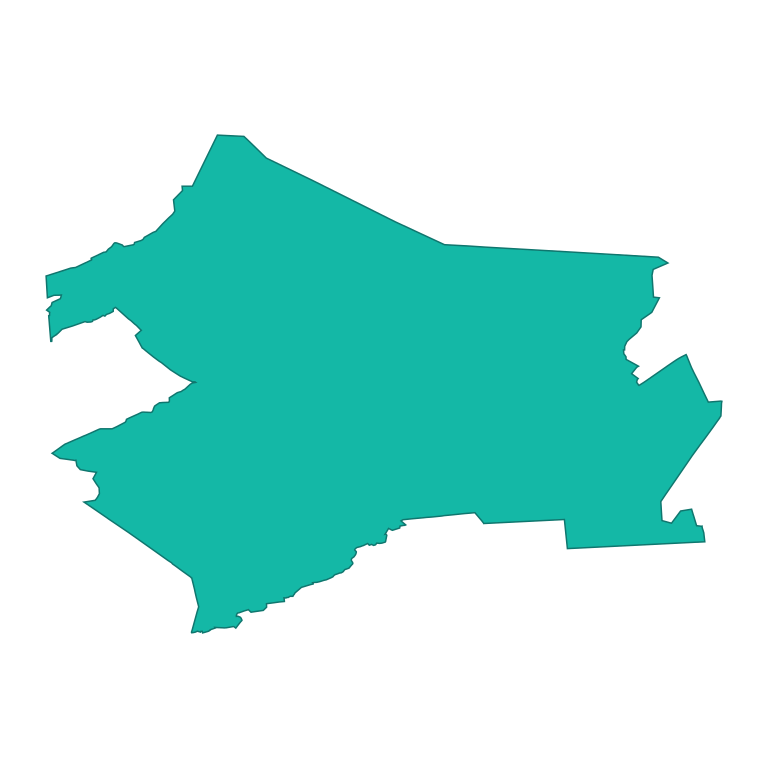 outline of Atašienes pag., Krustpils, Latvia
{"feature_id": "27541924B82770097220603", "entity_name": "Atašienes pag.", "entity_type": "district", "adm_level": 2, "iso_a3": "LVA", "parent_name": "Latvia", "parent_adm1": "Krustpils", "projection": "natural_earth1", "projection_center": [26.419, 56.547], "detail": "fine", "context": "isolated", "style": "filled", "palette": "teal", "viewbox_px": 768, "rotation_deg": 0, "n_neighbors": 0, "source": "geoboundaries", "source_scale": "gbopen_adm2", "svg_char_len": 5893}
<svg xmlns="http://www.w3.org/2000/svg" viewBox="0 0 768 768"><path d="M217.4,135.1L192.4,186.2L182.1,186.2L182.5,190.6L173.5,199.8L174.8,211.1L172.6,214.3L168.9,217.7L162.6,223.9L156.4,230.7L156.3,230.8L156.0,231.3L153.1,232.4L144.6,237.2L144.3,237.4L143.1,239.3L142.9,239.5L141.3,240.4L140.8,240.6L134.6,242.5L134.1,244.3L133.6,244.7L124.3,246.6L123.6,246.5L122.3,245.0L117.4,243.2L116.3,242.9L115.7,242.8L114.6,242.9L113.9,243.5L111.6,246.7L108.8,248.8L108.3,249.2L106.2,251.8L105.2,252.1L103.6,252.3L91.2,258.2L91.1,258.6L91.2,259.0L91.7,259.7L91.5,260.0L82.3,264.3L77.9,266.4L75.5,267.5L72.9,267.8L70.7,268.1L64.3,270.2L46.1,276.0L47.4,297.8L53.4,295.5L53.9,295.3L56.6,295.2L58.8,295.2L60.2,295.1L61.4,295.0L61.2,295.7L60.8,297.4L60.3,298.7L52.1,302.5L51.2,305.8L49.8,307.0L46.6,310.1L49.7,312.3L49.6,312.5L49.5,315.4L49.4,315.4L48.7,315.7L49.3,322.8L49.4,324.3L50.0,331.6L50.8,341.4L51.7,341.4L51.8,341.1L51.9,337.7L54.6,335.8L56.6,334.6L56.5,334.4L58.2,333.1L62.1,329.2L72.5,326.0L85.0,321.6L87.1,322.2L90.8,322.0L92.5,321.4L93.1,319.9L94.6,319.9L96.6,319.1L100.2,317.2L103.0,315.4L104.9,316.1L106.5,314.4L109.5,313.4L113.2,311.4L113.3,308.8L115.4,307.4L116.7,308.3L128.5,318.9L131.0,320.7L134.6,324.0L136.4,325.4L136.6,325.6L140.1,329.2L141.3,330.3L135.4,335.5L139.0,342.0L140.7,345.2L142.3,348.1L143.1,348.5L146.3,351.2L153.5,357.0L159.0,361.1L161.4,362.6L169.8,369.3L170.4,369.7L170.4,369.8L176.3,373.6L180.4,376.2L185.9,378.8L192.4,381.8L194.9,381.8L195.7,382.4L192.8,382.9L192.1,383.1L190.4,384.2L189.6,384.9L184.9,389.2L182.9,390.3L181.2,391.5L177.8,392.5L176.9,392.9L172.8,395.6L169.3,397.8L169.4,400.3L169.4,401.1L168.7,402.3L162.9,402.5L159.5,402.8L156.3,404.9L154.6,406.1L153.5,408.6L153.3,409.6L152.7,411.0L152.0,412.0L151.4,412.3L150.8,412.5L149.7,412.4L143.0,412.1L141.6,412.3L137.5,414.3L136.3,414.8L129.2,418.0L127.4,418.9L126.5,419.3L126.0,421.0L125.9,421.2L125.4,422.0L125.1,422.3L120.7,424.6L117.1,426.5L115.4,427.3L112.8,428.5L112.0,428.8L107.1,428.8L101.0,428.8L100.1,428.9L99.5,429.1L98.7,429.4L85.8,435.2L83.7,436.0L80.4,437.5L76.2,439.3L75.7,439.5L64.9,444.2L62.6,445.8L55.1,451.2L53.3,452.5L52.1,453.3L59.9,458.3L60.1,458.4L66.2,459.2L69.1,459.6L71.2,459.9L73.5,460.2L74.6,460.5L75.9,460.2L76.9,465.8L80.3,469.6L88.0,471.1L96.5,472.3L93.0,478.7L96.3,483.8L99.1,487.8L99.4,493.7L97.4,497.4L95.2,500.3L84.0,502.1L95.9,510.2L107.4,518.1L108.6,519.0L116.9,524.6L128.7,532.6L151.6,548.8L167.9,560.4L171.0,562.4L171.4,562.6L172.6,564.0L175.6,566.1L182.5,571.2L190.6,577.0L190.9,577.3L191.1,577.7L191.7,577.9L194.5,589.2L195.0,591.7L196.3,597.4L198.7,606.8L197.2,611.6L192.2,629.9L191.3,632.7L191.1,632.8L192.3,632.7L193.2,632.6L195.4,632.1L197.1,631.3L197.4,631.2L200.5,632.1L200.8,631.4L202.2,631.3L202.6,632.9L204.5,632.4L208.3,631.3L209.6,630.6L210.5,629.9L210.4,629.7L215.3,628.0L214.9,627.4L218.2,627.6L224.8,627.9L225.5,627.8L226.2,627.8L232.5,626.7L233.2,626.6L233.7,626.6L233.9,626.6L234.0,626.7L235.8,628.1L238.6,624.4L239.7,623.0L240.5,622.0L241.8,620.6L242.0,620.3L242.0,620.2L241.1,618.2L240.5,617.4L240.3,617.2L237.8,616.2L236.4,616.4L236.4,615.2L237.0,613.8L237.5,613.1L238.3,612.9L239.0,612.8L244.3,610.9L247.7,609.9L248.3,609.6L251.0,612.2L255.0,611.6L263.3,610.4L266.6,607.2L266.5,603.7L274.2,602.7L279.1,602.0L284.4,601.5L284.4,601.1L284.0,597.8L286.0,598.0L286.8,597.5L288.1,597.5L290.1,596.3L292.9,596.3L293.7,594.9L294.5,593.9L295.0,592.9L295.7,592.3L297.7,590.6L301.5,587.3L302.3,587.1L303.0,586.9L310.2,584.7L313.8,583.8L313.6,583.8L312.7,582.7L314.6,582.4L316.2,582.4L317.4,582.2L319.9,581.6L324.0,580.3L326.3,579.8L330.9,577.8L332.9,576.8L334.0,575.4L335.2,574.6L337.4,573.9L338.4,573.5L339.7,573.0L341.0,572.9L342.2,572.3L343.4,571.5L344.0,570.5L344.8,569.6L348.3,568.4L349.3,567.9L350.0,566.9L351.6,565.0L352.3,564.3L352.8,563.7L352.7,562.7L352.5,562.2L351.9,561.5L351.5,560.7L351.3,560.0L351.6,558.7L351.8,558.4L354.0,556.8L355.5,554.7L355.9,553.8L356.3,552.3L356.3,551.8L356.0,551.3L354.8,550.2L354.7,549.7L355.1,549.0L356.4,547.8L357.2,547.4L360.5,546.6L362.2,545.9L363.5,545.5L367.6,543.5L369.3,545.2L371.6,544.4L373.6,545.4L375.5,544.8L376.8,543.1L379.6,543.4L382.0,543.1L384.9,542.2L385.2,542.1L385.4,541.9L385.6,541.5L385.7,540.9L386.8,535.3L386.8,535.2L385.8,534.0L385.1,534.2L388.6,528.4L390.8,529.6L392.4,530.3L397.8,528.6L399.7,528.0L399.9,526.8L400.1,526.0L404.8,525.2L404.9,525.3L405.7,524.9L401.0,520.9L402.0,520.3L403.0,519.7L411.8,518.8L419.4,518.1L422.8,517.8L426.5,517.4L432.1,517.0L441.9,516.0L444.2,515.6L451.7,514.9L464.2,513.6L474.9,512.7L481.6,520.6L483.8,523.4L483.8,523.5L564.4,519.5L567.4,548.6L695.9,542.2L696.6,542.2L704.8,541.8L704.1,535.8L703.8,532.9L703.1,530.5L702.3,528.1L702.2,527.5L702.0,526.1L701.4,526.3L700.1,526.1L696.6,525.7L693.7,516.1L693.1,514.3L691.6,509.2L680.6,511.0L679.8,512.1L671.5,523.2L662.0,520.6L661.8,517.7L661.4,511.5L661.0,504.7L660.8,501.6L665.5,494.6L672.6,484.3L678.3,476.0L684.2,467.4L692.2,455.7L699.9,445.1L705.5,437.6L713.0,427.3L717.6,420.8L719.5,418.3L719.4,418.1L720.9,416.0L721.4,406.6L721.5,403.4L721.9,401.3L720.9,401.1L708.3,402.1L704.0,393.2L699.0,382.6L693.7,372.2L692.3,369.2L692.0,368.7L691.0,366.4L688.7,360.7L687.9,358.8L687.3,357.2L686.9,356.2L686.1,354.6L683.9,355.7L681.3,357.0L678.6,358.5L676.2,360.0L673.8,361.6L669.0,364.9L666.8,366.4L665.7,367.2L646.3,380.7L644.1,382.2L641.9,383.6L639.0,385.4L638.4,384.9L638.1,384.3L636.6,382.2L637.3,379.5L638.2,378.6L631.6,373.7L636.7,367.3L638.5,366.2L626.1,359.4L626.0,356.8L623.8,353.7L623.5,349.9L624.6,349.9L624.7,346.3L626.9,341.6L629.3,339.2L636.7,333.0L637.4,332.0L641.0,326.9L641.2,320.2L641.4,319.6L649.9,313.7L651.8,312.3L659.4,297.8L653.5,297.1L653.1,291.2L652.3,279.6L652.0,275.4L653.2,269.4L667.9,263.0L658.4,257.2L575.6,252.3L485.0,247.1L468.5,246.0L444.5,244.7L395.0,221.7L313.6,181.0L266.3,158.1L256.5,148.5L247.4,139.7L243.9,136.4L217.4,135.1Z" fill="#14b8a6" stroke="#0f766e" stroke-width="1.5"/></svg>